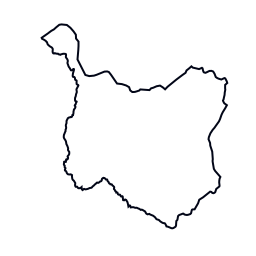 Oporapa, Huila, Colombia, rotated 9°
{"feature_id": "7082276B53955243236004", "entity_name": "Oporapa", "entity_type": "district", "adm_level": 2, "iso_a3": "COL", "parent_name": "Colombia", "parent_adm1": "Huila", "projection": "equal_earth", "projection_center": [-76.08, 2.065], "detail": "fine", "context": "isolated", "style": "outline", "palette": "ink", "viewbox_px": 256, "rotation_deg": 9, "n_neighbors": 0, "source": "geoboundaries", "source_scale": "gbopen_adm2", "svg_char_len": 5678}
<svg xmlns="http://www.w3.org/2000/svg" viewBox="0 0 256 256"><g transform="rotate(9 128 128)"><path d="M226.9,161.9L220.8,156.8L219.2,154.9L217.0,148.4L216.7,147.3L216.6,145.5L214.9,138.2L212.0,132.5L211.4,129.9L209.3,126.5L209.3,124.4L210.2,120.4L211.9,116.6L213.4,114.2L214.3,112.3L216.8,107.3L217.5,104.8L218.3,100.3L219.1,97.6L220.9,93.3L222.1,90.0L219.2,88.5L217.9,86.8L217.5,86.0L217.9,84.9L218.0,82.7L218.2,80.3L218.0,77.8L218.1,75.0L217.7,73.5L217.2,70.2L218.2,69.0L219.0,68.0L218.2,66.4L216.3,63.8L215.4,63.6L212.6,65.5L209.7,65.1L208.3,64.7L206.7,63.9L205.0,60.9L203.3,58.9L201.6,58.5L199.5,58.9L196.5,61.0L195.7,61.4L194.1,61.1L193.3,59.9L192.3,57.4L191.6,57.0L189.0,58.7L182.5,58.2L181.0,57.2L179.1,59.5L176.8,62.0L176.2,64.5L173.5,67.1L168.2,72.6L160.7,81.0L158.6,84.0L156.0,82.4L153.0,81.1L149.7,82.3L146.6,84.3L144.6,85.2L143.3,87.2L134.1,88.0L133.3,89.2L131.0,90.4L129.1,91.3L126.6,91.8L124.3,90.5L122.7,87.5L119.6,86.3L115.1,85.6L110.2,85.8L102.8,78.0L100.3,75.7L98.6,75.4L95.9,76.0L88.6,80.4L86.2,81.6L81.6,82.8L77.6,82.3L67.4,68.2L66.7,58.6L66.3,54.8L65.6,50.4L62.7,47.8L61.9,44.0L59.0,41.0L55.4,38.0L51.5,35.8L46.1,36.1L44.0,36.8L41.4,39.7L39.4,42.2L37.1,44.0L33.4,47.8L28.6,52.4L29.1,53.3L30.8,53.8L33.1,54.8L33.9,55.6L34.3,55.7L34.9,56.6L35.5,57.8L35.9,58.2L37.9,59.5L39.9,60.3L40.4,60.6L41.2,61.5L41.4,62.2L41.6,64.5L42.0,65.4L42.5,65.9L42.7,66.0L43.5,65.7L43.7,65.8L43.9,65.6L44.8,65.6L45.3,65.8L47.3,65.6L47.8,66.0L48.2,66.1L48.7,66.2L49.1,66.0L49.5,66.0L49.8,66.2L50.5,65.7L51.9,65.0L53.0,64.7L54.3,64.6L55.0,64.7L55.2,65.0L55.4,65.6L55.5,67.6L55.8,68.1L57.2,69.5L57.9,70.6L58.1,71.5L58.0,73.0L58.2,73.8L58.9,74.9L59.4,76.0L60.1,77.0L60.9,77.7L61.3,78.3L61.6,78.6L62.6,79.9L63.2,79.9L64.2,79.4L64.4,79.1L64.5,78.6L64.8,78.3L65.2,78.2L65.4,78.4L65.5,78.8L65.5,79.5L65.1,82.6L65.2,85.3L65.5,85.7L65.8,86.1L66.8,86.0L67.2,86.2L67.6,86.6L67.9,87.4L68.1,88.2L68.4,88.7L69.5,89.0L69.8,89.2L69.9,89.6L70.1,91.4L70.4,92.6L70.8,92.9L72.0,93.3L72.3,93.6L72.3,94.0L72.2,94.3L71.1,97.6L71.1,98.2L71.7,100.0L71.8,101.1L71.6,101.7L71.4,103.0L71.4,104.7L71.0,106.6L71.3,108.7L71.5,109.2L71.9,109.7L72.9,109.8L73.1,109.9L73.2,110.1L72.8,111.1L72.7,111.3L72.5,113.0L72.1,113.4L71.9,113.9L71.9,114.3L72.7,115.1L72.8,115.4L72.7,116.2L72.4,117.1L71.8,118.0L71.7,118.3L71.7,119.3L71.6,120.3L71.8,121.9L71.7,123.4L71.7,123.8L71.1,123.9L71.1,124.0L70.9,125.5L70.6,125.9L70.3,126.1L69.6,126.1L69.0,126.6L68.3,126.7L67.0,127.8L66.8,128.7L66.3,130.1L66.2,130.7L66.5,132.8L66.2,134.4L66.2,135.1L66.3,135.7L66.8,136.9L66.9,138.2L66.6,139.5L66.8,141.0L66.4,142.1L66.2,143.3L65.9,144.4L65.8,145.0L65.9,146.5L66.0,147.2L66.4,148.0L67.3,149.1L68.1,149.9L68.7,150.8L68.9,151.2L69.7,153.6L70.7,154.9L71.5,156.3L72.0,157.3L72.1,157.7L72.1,158.6L72.2,159.1L72.7,159.8L73.7,160.8L73.8,161.3L74.0,162.8L73.6,164.1L72.9,165.1L72.8,165.6L72.8,165.8L73.1,166.2L73.4,166.6L73.5,167.2L73.4,167.8L73.2,168.3L72.9,168.6L72.1,168.5L71.9,168.7L71.8,169.1L71.9,169.9L71.9,171.2L71.6,171.3L70.5,171.1L70.2,171.3L70.2,171.5L70.3,172.3L70.3,173.6L70.4,174.2L70.6,174.5L71.3,175.0L71.4,175.4L71.5,176.5L72.0,177.1L72.5,177.4L72.5,177.8L72.2,179.1L72.3,179.6L72.5,179.9L73.0,180.0L73.6,180.4L73.9,180.7L74.5,181.9L75.3,182.7L76.0,183.1L76.9,183.1L78.1,183.0L78.3,182.8L78.9,182.8L79.5,183.0L80.1,183.3L80.2,184.5L80.8,186.5L81.1,187.2L81.3,187.5L81.7,187.9L82.6,188.4L82.9,188.7L84.5,190.6L84.6,191.4L84.6,192.5L84.8,193.2L85.2,193.9L85.5,194.2L85.8,194.2L86.7,193.9L87.2,194.2L87.8,194.9L88.5,195.2L89.3,195.1L89.8,195.0L90.5,194.4L91.1,194.1L91.4,193.7L91.8,195.5L92.5,196.2L92.9,196.4L93.7,195.3L94.0,195.1L94.3,195.0L95.4,195.3L96.7,194.9L98.2,194.2L99.5,193.3L101.3,192.7L101.7,192.2L102.1,191.4L103.4,190.0L104.1,188.9L105.0,188.0L105.7,186.9L106.1,186.7L107.0,186.9L107.8,186.4L108.8,185.2L109.5,184.9L109.9,184.6L110.2,183.9L110.2,183.1L110.3,182.3L110.6,181.9L110.9,181.5L111.5,181.1L111.9,181.3L112.6,181.1L113.3,181.5L114.2,182.3L115.2,182.1L115.5,182.2L116.0,183.3L116.3,183.7L117.2,184.3L117.7,185.2L118.2,185.7L119.0,185.9L119.4,186.4L119.5,186.4L120.3,186.2L120.9,186.3L121.1,186.5L121.3,186.9L121.5,187.1L122.5,187.6L123.5,188.4L123.6,188.6L123.7,189.3L123.6,190.3L123.7,190.5L124.6,191.2L125.3,192.3L125.5,192.5L126.3,192.7L126.4,193.0L126.5,193.6L127.4,193.5L127.7,193.5L128.4,194.9L128.6,195.1L129.1,195.3L129.6,195.3L130.2,195.1L130.6,195.2L131.0,195.7L131.3,196.2L131.8,196.7L132.3,196.7L132.8,196.3L133.2,196.3L133.5,196.6L133.6,196.9L133.8,197.8L134.1,198.7L134.3,199.6L134.5,200.0L135.6,200.0L135.8,199.8L136.0,199.4L136.3,199.1L136.7,199.1L137.5,199.4L137.6,199.5L138.0,200.1L139.0,201.2L139.8,203.0L140.7,205.5L141.5,204.3L141.9,204.2L142.3,204.4L142.6,204.9L142.9,205.6L143.1,206.0L145.3,205.4L145.9,205.4L147.6,205.7L149.1,205.4L150.5,205.8L151.0,206.0L151.6,206.0L153.5,206.9L154.2,206.5L155.1,206.6L158.0,207.8L158.9,209.1L159.5,209.7L160.2,210.0L160.8,210.2L162.6,209.5L163.4,210.0L164.4,210.2L166.5,210.7L167.8,211.4L168.9,212.1L170.0,213.3L171.1,213.8L172.4,213.9L173.2,214.2L173.9,214.8L174.7,215.3L176.8,216.2L177.8,216.4L178.5,216.3L179.3,216.4L180.0,217.1L180.7,218.0L181.4,219.2L182.5,219.2L184.4,219.6L186.6,220.2L187.9,220.0L188.6,219.6L189.8,218.6L190.5,217.8L190.7,216.5L190.5,215.0L190.3,212.3L191.1,211.1L191.2,210.4L191.2,208.2L191.3,207.0L192.1,206.0L195.8,203.9L196.4,204.0L197.0,204.5L197.8,204.7L199.8,204.7L201.2,204.2L202.9,203.3L203.6,202.4L203.7,201.3L203.8,199.5L204.0,198.7L204.6,198.3L206.5,197.9L209.0,191.4L209.6,187.7L213.0,184.7L219.1,178.0L220.4,178.1L221.5,179.0L222.7,179.0L223.6,178.4L224.2,177.6L224.7,174.4L227.4,171.4L227.4,170.4L226.6,167.6L226.4,165.8L226.4,163.8L226.9,161.9Z" fill="none" stroke="#020617" stroke-width="2"/></g></svg>